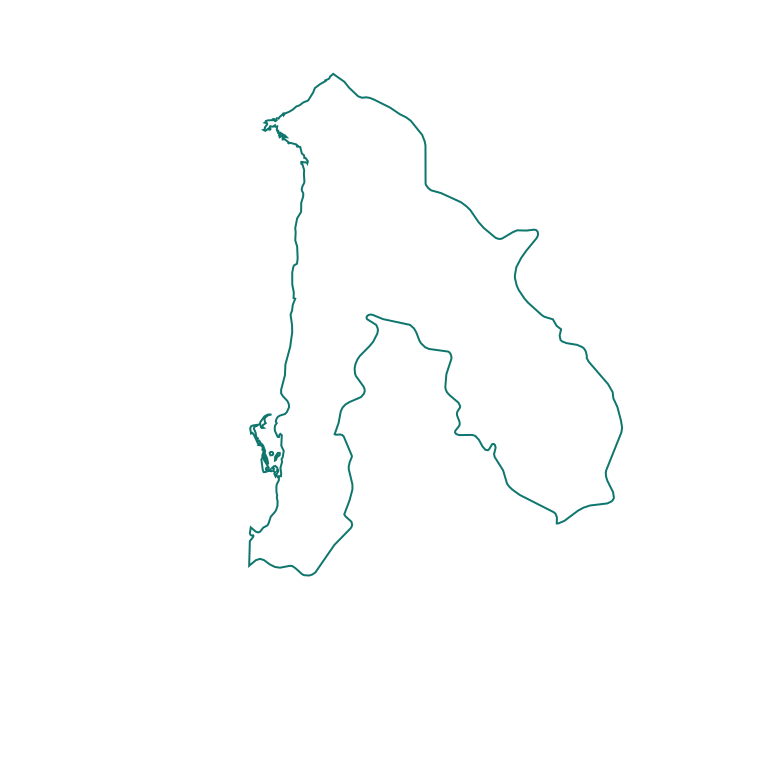 SVG path tracing the border of Tabuk, rotated 37°
{"feature_id": "SAU-848", "entity_name": "Tabuk", "entity_type": "Region", "adm_level": 1, "iso_a3": "SAU", "parent_name": "Saudi Arabia", "parent_adm1": "", "projection": "orthographic", "projection_center": [36.673, 26.762], "detail": "fine", "context": "isolated", "style": "outline", "palette": "teal", "viewbox_px": 768, "rotation_deg": 37, "n_neighbors": 0, "source": "natural_earth", "source_scale": "10m", "svg_char_len": 6172}
<svg xmlns="http://www.w3.org/2000/svg" viewBox="0 0 768 768"><g transform="rotate(37 384 384)"><path d="M385.7,610.3L371.4,590.2L371.6,585.6L371.2,583.9L370.5,583.6L369.3,584.8L368.4,584.9L366.7,583.9L363.9,578.7L370.4,579.1L372.8,578.3L373.9,576.6L374.0,571.4L376.0,567.1L375.7,564.8L373.4,558.1L373.9,552.1L373.7,549.8L372.4,545.7L369.6,541.7L366.7,539.2L365.8,537.3L363.2,535.1L359.8,530.7L358.7,528.5L358.0,524.3L355.6,520.8L357.2,519.7L355.8,517.4L351.7,513.2L349.5,507.6L347.3,505.5L347.3,503.7L344.2,497.8L339.1,495.1L333.2,486.4L331.2,486.3L331.1,487.4L332.0,489.6L330.9,490.2L324.8,486.9L322.7,484.2L322.0,482.6L321.9,479.8L320.2,479.1L319.1,476.5L319.0,474.1L319.9,471.8L323.0,467.5L323.3,464.7L322.1,459.5L319.9,457.2L317.0,455.7L310.8,454.6L307.5,453.4L305.3,450.5L299.6,436.6L293.5,427.7L286.8,411.0L279.6,398.0L275.3,392.5L267.7,384.9L266.3,380.5L263.5,375.7L261.8,369.3L260.1,369.8L256.8,365.1L250.9,359.8L243.7,350.3L241.2,345.2L240.8,343.4L242.1,340.3L239.5,335.7L232.0,326.6L226.6,322.6L222.1,315.9L219.4,313.1L215.0,304.1L214.2,296.4L208.9,289.2L206.6,282.9L204.8,280.3L202.1,279.0L200.9,277.8L199.7,274.5L199.3,271.5L198.5,270.1L193.9,264.8L191.6,261.3L185.9,257.1L185.9,257.8L185.3,257.8L184.3,256.4L189.1,253.6L190.0,254.0L189.1,251.9L185.4,250.7L184.2,251.4L182.7,249.6L179.6,249.3L174.4,245.1L173.5,245.7L171.5,245.6L172.5,247.1L169.6,245.5L164.1,247.8L163.2,249.1L162.6,249.1L162.6,248.4L157.2,248.3L155.9,249.7L155.2,249.0L155.2,248.3L155.9,248.3L155.6,246.8L157.7,245.5L155.1,245.1L154.1,245.5L154.7,246.9L153.0,247.9L152.2,249.7L151.0,248.9L153.5,246.9L153.5,245.5L151.2,245.6L150.4,247.4L149.1,247.4L149.2,246.1L147.9,246.8L147.1,245.4L146.1,246.1L145.3,245.4L143.7,242.5L142.4,243.9L141.2,243.0L140.5,245.3L138.0,246.6L138.0,247.2L139.9,248.7L139.9,249.5L138.7,250.1L138.0,249.5L136.8,253.3L134.9,253.6L135.5,252.8L134.5,250.7L134.4,246.9L133.7,246.1L131.5,247.0L131.9,245.8L131.4,245.1L132.7,243.2L136.3,240.3L135.8,239.6L136.4,238.7L137.6,238.3L137.0,238.9L138.6,239.6L139.1,239.4L139.4,238.3L138.9,238.3L138.4,236.3L140.1,235.5L139.9,233.9L140.8,229.2L142.1,229.9L142.1,228.5L141.3,229.1L140.8,228.5L142.6,226.8L144.5,223.5L146.0,219.8L147.0,215.0L148.8,212.4L150.1,207.7L152.8,203.3L152.0,193.9L150.7,189.3L152.5,183.0L155.1,177.1L155.1,176.5L154.6,176.5L156.1,173.9L156.4,172.6L155.9,170.9L156.8,166.9L170.5,166.5L177.8,168.4L190.4,169.8L194.2,168.6L197.3,165.7L200.4,164.1L204.2,163.0L222.5,159.6L234.3,159.0L241.3,157.7L247.1,157.7L264.6,162.1L270.7,165.9L273.6,168.6L296.5,198.8L297.6,199.7L301.3,200.9L303.5,201.0L305.0,201.0L314.7,197.2L336.2,192.5L343.3,192.5L348.4,193.2L362.0,197.8L369.4,199.3L384.9,200.1L387.3,199.5L389.4,198.4L390.8,196.7L395.5,185.2L397.9,181.1L405.6,175.6L411.1,170.3L413.0,169.5L415.0,169.9L416.6,171.3L417.7,173.3L418.1,175.6L417.4,192.0L417.7,200.9L419.4,211.1L423.3,218.7L424.9,220.7L430.9,225.6L435.1,227.9L445.0,231.3L450.5,232.4L468.4,234.0L471.7,233.8L479.9,230.7L486.9,233.7L492.5,233.7L495.2,239.7L498.5,242.6L500.7,242.8L505.2,241.5L514.5,236.6L520.1,235.2L522.4,235.3L525.3,236.4L528.8,239.2L530.4,241.3L534.1,243.0L563.2,249.3L571.5,252.9L575.9,257.5L584.2,261.9L595.0,270.4L600.4,275.5L602.7,279.8L613.5,319.5L614.5,321.4L617.4,324.6L620.9,327.0L632.0,332.5L636.2,336.6L636.6,338.7L636.4,340.8L634.2,345.0L621.7,357.0L617.8,362.6L615.2,368.3L610.4,384.8L607.2,390.3L605.9,391.4L602.7,386.9L601.1,385.6L599.0,384.4L596.9,384.2L559.3,390.9L550.2,391.1L545.7,390.6L542.2,389.5L531.1,381.3L516.3,375.7L514.1,373.8L511.5,367.7L509.4,366.0L507.7,365.8L506.6,367.0L507.2,372.7L506.8,374.4L504.6,375.5L500.2,374.6L493.5,371.5L488.2,370.5L485.1,371.6L474.6,379.7L471.8,380.5L470.0,380.0L469.1,378.5L469.3,372.3L468.6,370.4L467.0,368.7L461.4,365.2L459.9,363.6L459.2,361.9L458.9,357.3L458.1,355.8L454.7,354.1L443.5,353.5L439.6,352.8L437.0,351.5L434.9,349.7L427.9,338.6L422.7,323.4L421.4,321.6L419.0,319.9L417.3,319.4L415.7,319.5L398.9,328.9L394.8,329.9L389.0,329.2L386.3,328.1L378.6,323.3L374.6,321.6L369.3,321.1L344.1,332.8L333.7,335.5L331.7,336.4L330.2,338.0L329.6,339.8L330.0,341.4L331.5,342.4L342.2,341.5L345.4,343.3L346.8,344.7L348.3,347.7L349.9,356.6L349.7,362.2L347.8,376.1L348.0,380.3L349.1,385.0L351.1,389.2L354.6,393.1L356.7,394.5L369.3,398.4L371.3,399.6L372.9,401.3L373.8,403.8L373.5,408.3L367.3,419.2L365.6,423.4L365.1,427.6L365.9,431.8L371.2,442.5L374.8,453.8L376.2,453.4L379.5,450.6L381.5,449.9L383.5,450.2L401.4,460.6L402.2,461.6L403.7,467.2L405.6,471.3L407.2,473.3L419.2,483.2L422.2,487.1L426.5,497.6L430.7,512.0L433.0,512.9L440.8,513.6L443.2,515.4L444.0,517.3L444.2,519.3L441.2,542.4L442.6,575.9L441.4,579.3L439.6,581.9L435.2,584.8L432.9,585.2L424.3,584.4L420.2,584.6L418.2,585.9L411.5,593.3L407.1,595.7L401.5,596.8L393.9,596.9L390.2,598.3L387.7,601.8L385.7,610.3ZM344.7,521.0L346.2,520.9L346.5,521.4L344.1,522.9L342.2,525.8L340.9,526.8L338.9,525.6L331.5,518.1L331.4,516.3L329.5,513.8L329.5,513.1L331.4,514.1L333.8,516.8L342.3,520.2L342.7,520.9L340.8,521.0L340.5,522.3L341.3,523.5L342.4,523.2L344.7,521.0ZM320.9,505.3L320.3,507.1L319.5,507.6L310.3,502.7L308.3,502.2L307.7,503.6L303.9,500.1L303.3,497.9L304.1,496.2L308.1,492.1L307.7,493.9L306.2,496.2L307.0,498.0L310.6,500.0L314.1,503.4L316.1,503.3L316.8,505.1L318.4,505.4L318.7,504.4L320.9,505.3ZM308.2,489.2L308.0,482.0L309.5,478.5L312.5,476.0L310.2,478.8L309.2,482.5L310.0,484.3L311.8,486.0L313.1,486.4L312.0,489.8L312.2,490.9L312.9,491.4L314.3,491.4L312.9,492.7L311.7,492.5L308.9,490.3L308.2,489.2ZM331.7,513.9L329.0,512.0L328.5,510.2L326.4,509.7L325.6,508.0L324.2,507.0L322.6,507.1L320.7,508.2L320.8,507.3L321.7,505.9L323.1,505.5L324.8,506.1L329.4,509.1L330.4,511.1L335.3,513.7L338.5,516.4L339.3,517.3L338.9,518.5L334.9,516.1L334.0,514.3L331.7,513.9ZM352.5,520.8L354.0,522.1L352.7,521.9L352.9,523.0L350.4,521.7L350.1,519.9L348.1,520.1L347.0,517.9L345.1,518.6L345.6,516.0L346.5,514.9L348.9,515.1L350.0,515.8L350.9,517.8L351.5,517.7L351.7,517.0L352.1,517.5L352.5,520.8ZM340.9,507.7L340.7,503.0L342.2,501.8L343.4,503.2L343.2,504.9L342.1,504.7L343.4,509.8L343.0,510.7L340.9,507.7ZM336.2,509.3L334.1,507.9L334.3,506.5L335.5,505.6L336.8,505.7L337.8,506.8L337.7,508.0L336.2,509.3Z" fill="none" stroke="#0f766e" stroke-width="2"/></g></svg>